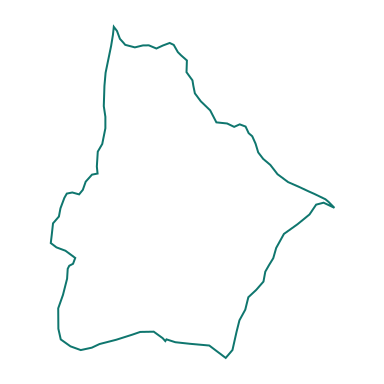 Acheleia, Paphos, Cyprus (Equal Earth projection), rotated 179°
{"feature_id": "46923920B16437409415047", "entity_name": "Acheleia", "entity_type": "district", "adm_level": 2, "iso_a3": "CYP", "parent_name": "Cyprus", "parent_adm1": "Paphos", "projection": "equal_earth", "projection_center": [32.481, 34.728], "detail": "fine", "context": "isolated", "style": "outline", "palette": "teal", "viewbox_px": 384, "rotation_deg": 179, "n_neighbors": 0, "source": "geoboundaries", "source_scale": "gbopen_adm2", "svg_char_len": 1436}
<svg xmlns="http://www.w3.org/2000/svg" viewBox="0 0 384 384"><g transform="rotate(179 192 192)"><path d="M49.9,173.7L55.6,179.7L58.7,182.4L69.6,187.9L75.4,190.6L84.6,195.1L95.7,200.2L106.2,208.3L113.2,217.7L120.2,223.8L125.1,230.4L127.6,239.2L130.8,246.7L134.3,249.8L137.3,256.5L143.1,258.8L148.7,256.4L155.7,259.9L166.4,261.2L172.4,273.3L181.6,282.5L187.4,290.6L188.8,298.1L189.6,303.6L195.4,311.9L194.8,323.6L200.5,328.8L203.7,332.1L207.7,339.4L211.7,341.4L218.5,339.0L225.1,336.1L232.6,339.4L238.6,339.4L246.6,337.6L256.2,340.3L258.0,342.5L261.4,346.4L264.2,354.3L267.3,358.5L267.6,356.1L268.3,350.6L270.3,339.6L276.3,312.8L277.7,299.6L278.1,291.5L278.7,279.4L277.3,268.7L277.5,257.2L280.9,241.6L285.5,234.0L286.7,219.1L286.1,212.1L291.7,211.1L298.1,204.2L301.1,196.1L304.9,191.6L311.7,193.6L317.2,192.6L319.7,188.4L323.8,178.0L325.5,169.8L331.5,163.1L333.0,151.4L334.1,143.4L328.5,139.0L319.6,135.5L309.9,128.1L312.2,122.3L316.0,120.4L317.6,117.4L318.4,107.5L322.8,91.4L327.8,78.0L328.0,57.6L326.3,49.3L325.8,46.9L316.2,39.8L306.0,35.9L294.9,38.1L287.1,41.6L270.3,45.6L254.2,50.4L246.2,53.0L232.7,53.0L223.9,46.4L221.3,43.4L220.1,45.1L211.3,42.1L197.0,40.3L177.4,38.2L161.2,25.5L154.3,33.3L149.9,51.4L146.8,62.9L140.8,73.4L137.5,85.8L129.5,93.0L122.1,101.2L120.1,111.1L116.3,117.5L111.9,124.4L108.8,134.6L100.8,148.5L87.1,157.9L74.9,167.5L68.1,177.2L60.6,179.0L49.9,173.7Z" fill="none" stroke="#0f766e" stroke-width="2"/></g></svg>